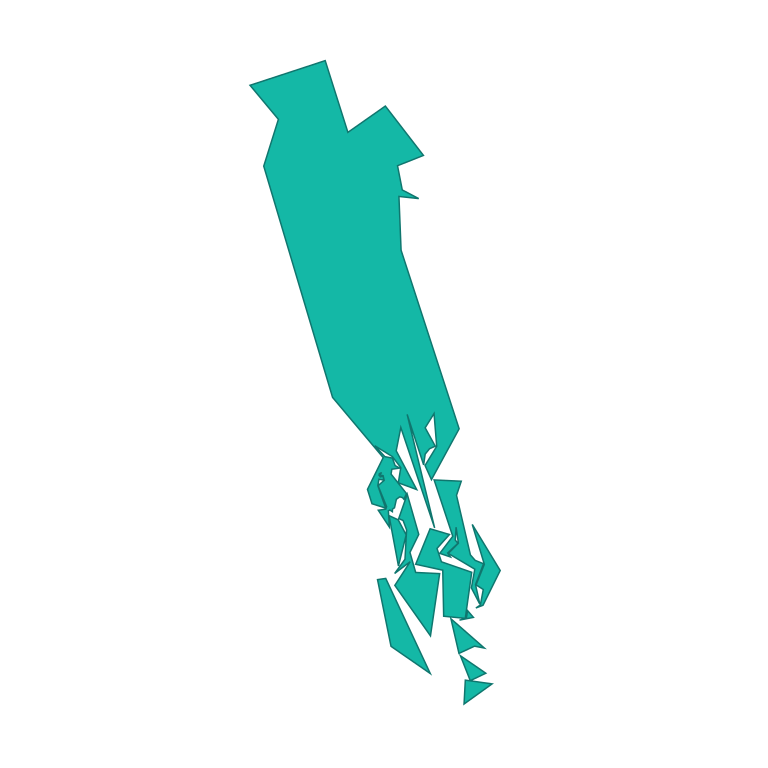 Satkhira, Khulna, Bangladesh (Equal Earth projection), rotated 351°
{"feature_id": "16705992B60176987344662", "entity_name": "Satkhira", "entity_type": "district", "adm_level": 2, "iso_a3": "BGD", "parent_name": "Bangladesh", "parent_adm1": "Khulna", "projection": "equal_earth", "projection_center": [89.15, 22.3], "detail": "medium", "context": "isolated", "style": "filled", "palette": "teal", "viewbox_px": 768, "rotation_deg": 351, "n_neighbors": 0, "source": "geoboundaries", "source_scale": "gbopen_adm2", "svg_char_len": 1978}
<svg xmlns="http://www.w3.org/2000/svg" viewBox="0 0 768 768"><g transform="rotate(351 384 384)"><path d="M298.4,68.0L321.1,106.1L299.3,150.0L331.1,389.2L371.7,456.6L351.2,485.5L353.4,500.4L366.2,506.8L362.0,483.4L364.1,477.3L368.7,478.8L368.7,474.8L365.8,475.2L364.9,473.2L365.3,471.9L367.9,471.1L365.2,473.1L368.8,474.4L369.1,479.2L362.2,483.5L367.4,505.5L366.1,507.9L358.6,507.8L366.9,526.1L368.5,509.9L370.1,509.4L372.3,511.4L372.8,508.9L375.0,507.9L378.2,499.8L381.9,497.9L384.5,499.1L385.6,500.9L389.1,495.8L376.9,474.1L378.4,469.4L386.3,469.5L382.2,466.3L380.7,458.5L373.5,455.9L365.2,443.5L380.9,457.0L387.5,469.2L382.7,483.8L399.8,493.4L385.6,451.9L393.8,429.6L411.5,534.1L402.1,417.6L410.5,470.1L413.7,459.7L418.8,455.1L424.9,453.4L417.8,433.7L428.8,421.0L426.3,453.8L411.8,470.9L415.9,485.9L451.2,440.0L421.8,254.5L428.1,201.1L447.3,206.3L432.4,195.2L431.5,170.5L458.7,164.4L428.8,109.7L387.7,129.8L376.5,55.4L298.4,68.0ZM394.8,538.0L389.7,496.5L377.5,519.2L381.5,521.8L383.5,531.6L377.3,560.4L364.9,572.8L382.1,563.6L363.2,584.6L390.5,640.0L409.3,580.0L385.8,575.1L383.3,554.4L394.8,538.0ZM406.9,534.2L387.1,567.0L412.9,577.1L406.6,622.7L427.6,628.2L441.2,583.7L412.9,568.6L410.6,554.7L425.1,542.9L406.9,534.2ZM445.1,492.1L418.5,486.6L428.1,545.2L412.6,560.0L422.5,565.2L420.4,560.9L432.1,552.9L430.0,549.3L432.8,536.7L432.6,552.9L421.0,561.4L444.7,581.1L438.4,599.1L444.2,616.4L443.0,596.4L454.2,577.1L446.5,572.5L442.6,566.3L438.2,505.3L445.1,492.1ZM384.4,677.2L355.3,576.3L347.0,576.2L349.9,644.2L384.4,677.2ZM447.2,618.0L469.6,586.4L449.2,536.5L454.9,577.8L443.5,596.8L449.9,602.5L444.6,617.4L439.7,619.6L447.2,618.0ZM413.4,626.4L415.9,661.8L432.4,657.1L441.8,660.5L413.4,626.4ZM439.3,685.6L417.0,664.4L422.8,690.5L439.3,685.6ZM376.8,520.4L368.4,514.8L369.8,566.0L382.3,536.5L376.8,520.4ZM443.8,697.1L418.0,689.2L413.0,712.6L443.8,697.1ZM435.8,628.5L431.1,620.9L428.6,628.5L421.6,629.0L435.8,628.5Z" fill="#14b8a6" stroke="#0f766e" stroke-width="1.5"/></g></svg>